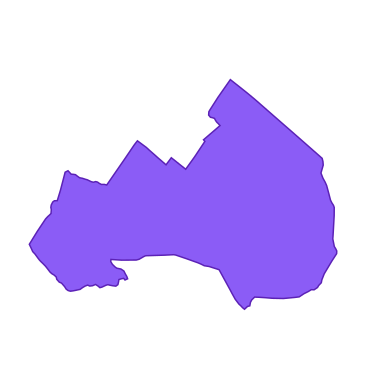 outline of Westlands, Nairobi, Kenya, rotated 9°
{"feature_id": "3690345B99886458952319", "entity_name": "Westlands", "entity_type": "district", "adm_level": 2, "iso_a3": "KEN", "parent_name": "Kenya", "parent_adm1": "Nairobi", "projection": "robinson", "projection_center": [36.774, -1.232], "detail": "fine", "context": "isolated", "style": "filled", "palette": "violet", "viewbox_px": 384, "rotation_deg": 9, "n_neighbors": 0, "source": "geoboundaries", "source_scale": "gbopen_adm2", "svg_char_len": 2305}
<svg xmlns="http://www.w3.org/2000/svg" viewBox="0 0 384 384"><g transform="rotate(9 192 192)"><path d="M75.0,301.8L77.4,302.4L79.2,303.9L81.0,305.4L82.9,307.6L85.0,308.7L87.4,309.0L89.8,308.3L92.3,307.4L94.3,306.6L96.7,305.7L99.0,303.4L101.2,301.6L103.5,300.3L105.7,300.9L108.5,300.1L111.2,298.4L113.7,299.5L116.0,300.9L118.0,300.0L119.9,298.7L121.7,297.5L123.4,296.7L125.5,296.9L128.2,297.0L131.5,296.9L133.3,295.1L133.5,292.2L133.5,289.9L135.6,288.9L138.0,288.0L139.6,289.4L142.0,287.8L140.8,285.6L139.0,283.4L137.1,280.7L133.9,279.2L131.9,279.1L129.6,279.0L127.8,278.1L124.7,275.9L122.6,273.4L122.5,271.3L133.3,270.3L147.6,267.9L150.3,266.7L154.5,263.3L156.2,262.2L158.8,261.7L174.6,258.7L183.7,256.8L185.7,256.8L197.3,258.8L205.2,260.3L209.0,261.0L212.5,261.9L215.6,262.9L220.5,262.9L230.9,264.5L240.1,276.4L245.2,283.0L247.2,285.7L251.5,291.2L255.9,295.4L257.8,296.6L260.1,298.4L262.2,299.6L264.8,296.3L266.9,295.4L267.0,291.8L267.9,289.2L270.3,286.0L274.6,285.5L281.1,284.9L287.9,284.4L298.9,282.9L309.8,280.1L314.3,278.8L318.4,275.0L322.6,272.0L325.1,269.8L327.9,269.5L330.9,266.7L331.7,264.6L333.9,261.4L334.0,258.4L335.4,252.1L340.9,238.4L344.5,230.3L344.2,227.6L342.9,225.7L341.1,223.6L338.4,216.3L338.2,213.7L337.5,206.7L336.1,193.0L334.9,185.0L333.8,183.0L331.9,180.9L330.1,178.4L327.4,172.2L324.0,164.6L322.0,161.5L319.2,157.9L316.4,153.1L317.4,144.9L316.6,141.5L315.3,138.4L294.8,125.4L239.0,90.3L230.9,85.5L212.3,75.0L202.9,94.3L196.9,108.0L196.1,110.1L196.4,113.4L198.5,115.3L200.5,115.4L202.7,115.8L204.2,117.8L205.6,119.2L207.3,120.4L209.3,122.0L195.2,138.6L196.8,140.0L189.0,157.0L182.2,170.5L166.2,161.4L162.1,169.2L153.4,163.8L143.2,157.3L139.9,155.1L130.1,150.0L128.5,152.8L127.4,154.9L120.6,169.4L106.7,198.4L104.1,198.2L101.3,198.7L98.9,197.9L97.2,197.0L95.2,196.8L93.0,197.8L90.6,197.5L86.6,196.3L84.7,196.1L81.7,195.6L78.7,195.5L76.3,194.3L74.2,193.1L72.0,193.1L69.9,193.3L66.2,190.4L63.6,192.3L61.8,210.8L60.3,221.6L57.4,222.2L56.0,223.7L55.0,226.9L55.0,229.3L55.8,231.5L56.1,235.3L54.8,237.1L53.4,238.8L51.6,241.5L45.3,255.2L39.5,269.1L42.1,272.9L44.0,275.8L46.7,277.9L48.5,279.7L50.2,281.4L52.1,283.2L53.8,284.5L56.1,286.1L58.9,288.2L61.4,290.5L64.3,293.3L66.3,294.6L68.8,295.6L71.2,297.2L72.1,299.4L75.0,301.8Z" fill="#8b5cf6" stroke="#5b21b6" stroke-width="1.5"/></g></svg>